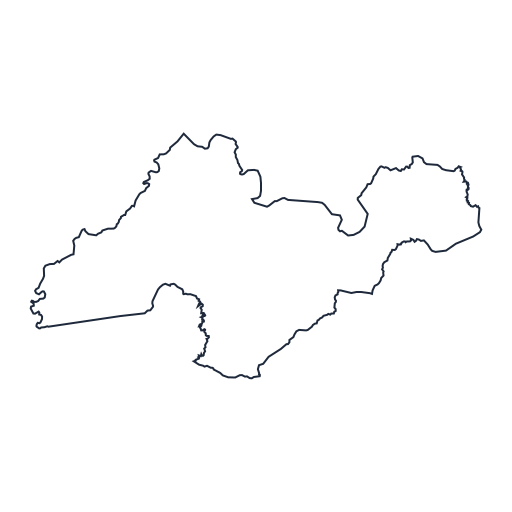 outline of Folon, Denguélé, Ivory Coast
{"feature_id": "98640826B69523806833990", "entity_name": "Folon", "entity_type": "district", "adm_level": 2, "iso_a3": "CIV", "parent_name": "Ivory Coast", "parent_adm1": "Denguélé", "projection": "robinson", "projection_center": [-7.378, 10.084], "detail": "fine", "context": "isolated", "style": "outline", "palette": "slate", "viewbox_px": 512, "rotation_deg": 0, "n_neighbors": 0, "source": "geoboundaries", "source_scale": "gbopen_adm2", "svg_char_len": 6061}
<svg xmlns="http://www.w3.org/2000/svg" viewBox="0 0 512 512"><path d="M458.7,166.3L457.6,167.8L455.5,168.9L454.7,170.6L453.6,171.2L446.0,170.2L442.2,169.0L439.9,166.5L437.5,164.9L426.5,164.1L424.0,162.2L422.5,158.4L418.1,156.0L412.6,156.7L412.3,157.6L412.8,162.4L411.8,164.0L409.8,165.2L409.6,167.8L408.5,168.0L407.2,166.6L406.1,166.6L404.0,169.5L401.8,169.3L400.8,171.0L398.8,170.5L396.0,168.1L390.5,170.3L387.8,167.9L385.6,167.2L384.5,167.8L381.5,166.4L380.4,166.6L378.4,169.0L375.8,174.2L373.5,176.6L373.2,178.6L371.1,183.3L370.1,184.0L367.6,184.2L366.3,187.4L361.6,193.2L361.2,195.2L357.8,197.9L357.7,199.6L367.7,213.9L364.6,226.6L359.6,231.9L353.6,234.9L348.1,235.5L341.9,230.8L340.0,231.3L338.5,229.9L338.1,227.8L341.8,219.8L340.0,215.4L331.9,214.2L324.7,204.9L322.1,202.8L318.0,202.1L288.0,199.9L284.4,198.0L282.3,198.3L276.8,201.1L274.8,201.1L269.2,205.5L267.0,206.7L254.4,202.8L252.0,199.1L257.6,198.1L260.1,195.9L261.0,190.8L261.0,182.9L260.4,176.7L257.7,170.7L254.0,169.9L247.9,170.3L243.7,174.1L242.0,174.5L240.3,174.1L240.0,173.5L240.2,172.2L241.8,171.2L242.2,170.0L239.4,165.8L238.9,163.9L238.0,163.1L237.4,160.0L235.8,157.1L235.8,154.5L234.6,152.3L235.8,149.2L237.7,147.7L237.7,147.0L235.6,144.0L236.0,142.1L235.8,141.5L232.5,138.6L231.0,138.9L220.5,135.1L216.3,134.6L213.6,136.5L210.7,140.0L209.4,142.4L208.8,146.6L207.6,148.3L204.9,148.7L202.2,146.8L197.6,146.3L194.0,144.2L183.7,133.7L177.5,141.4L170.2,147.6L169.8,149.9L166.0,153.5L163.7,154.3L159.7,154.4L158.1,158.0L154.4,159.7L154.1,160.3L154.5,161.6L156.7,162.5L158.3,164.3L159.3,168.4L158.8,171.0L157.4,172.1L156.0,172.3L151.0,170.9L148.6,172.6L148.4,173.9L149.6,176.3L149.7,178.8L147.7,180.3L143.8,182.0L143.3,183.2L144.1,184.0L146.9,183.1L148.2,183.4L149.2,184.1L148.9,185.9L146.2,188.1L144.9,190.9L140.6,193.0L139.3,194.3L135.6,200.5L134.1,206.3L133.1,205.8L131.9,205.9L130.1,208.5L126.3,211.4L125.2,215.0L124.0,215.0L121.0,216.8L120.8,218.2L119.1,220.0L118.8,221.9L117.8,223.6L116.8,224.2L116.4,226.2L115.2,227.7L113.7,228.6L107.9,228.7L102.4,230.5L101.3,232.4L98.1,233.7L96.2,235.3L88.5,234.1L85.4,231.2L84.5,229.1L82.6,229.7L81.6,230.9L78.8,237.2L76.3,237.8L74.6,238.9L73.2,240.8L74.3,245.6L73.5,254.3L71.2,254.8L62.0,259.6L59.3,262.4L57.6,261.0L54.0,263.9L49.7,264.1L45.4,265.7L43.8,268.4L44.1,275.9L43.0,278.8L40.2,283.6L38.6,287.8L36.0,289.3L35.1,290.9L36.2,293.1L39.0,294.3L41.7,291.8L42.8,291.3L43.9,291.5L45.3,294.2L44.7,297.5L43.3,298.6L39.8,298.9L38.2,301.0L36.1,301.9L33.7,301.8L32.9,300.9L31.8,300.7L31.2,301.8L33.6,303.5L33.8,305.7L31.1,306.6L30.7,308.5L33.4,313.5L35.0,313.7L38.6,311.6L39.3,312.5L39.2,314.5L41.0,314.9L42.1,316.5L42.0,319.1L40.4,322.5L39.4,323.2L37.8,322.8L36.8,324.1L36.4,326.0L36.7,326.7L39.2,328.4L40.2,328.3L41.1,327.5L44.5,327.2L47.3,326.3L48.4,326.7L120.0,316.1L144.7,313.3L147.5,310.6L150.3,310.3L152.9,306.9L153.1,306.0L152.3,303.3L152.5,301.2L158.0,289.5L159.9,287.2L162.9,284.7L165.4,283.8L170.0,285.7L170.5,284.4L173.7,283.8L175.2,284.6L177.5,286.9L182.3,289.3L183.2,291.5L183.2,293.8L183.7,294.2L185.9,293.7L187.3,294.3L190.4,294.2L196.0,296.1L197.0,298.5L199.1,299.3L198.6,300.8L200.0,301.5L200.5,302.5L199.2,303.3L198.0,306.2L200.9,304.0L201.9,303.9L202.8,304.7L202.7,306.2L200.8,307.3L200.5,308.0L201.7,309.7L201.2,313.2L203.7,313.0L205.2,315.3L204.7,316.0L203.8,316.1L202.9,314.7L202.4,315.5L202.8,316.5L201.1,317.2L202.5,317.9L202.2,319.3L203.4,319.8L204.0,321.0L203.8,321.6L202.3,321.5L202.5,322.4L201.9,323.6L199.7,324.6L199.5,325.1L200.8,324.2L201.5,324.9L201.2,326.0L199.6,326.8L199.6,327.3L200.5,328.1L201.2,330.4L202.6,330.4L204.3,329.2L205.1,329.6L205.1,330.1L204.2,330.8L204.5,332.2L205.7,333.2L205.8,335.2L206.6,335.9L208.7,336.0L208.9,337.3L207.5,338.8L206.6,338.9L207.4,341.2L205.1,345.0L205.5,347.3L204.2,348.6L205.1,351.3L204.0,352.8L203.6,355.3L203.0,355.8L202.0,355.7L201.3,354.2L200.8,356.1L198.8,355.4L199.1,356.8L198.3,357.2L199.1,358.0L198.8,358.7L196.1,359.6L195.6,359.9L195.7,360.6L193.8,361.3L199.1,364.7L203.1,365.7L204.5,366.6L207.0,365.8L210.7,367.7L212.5,367.8L213.3,368.4L213.7,369.5L220.3,373.0L222.8,375.4L228.2,377.3L235.2,377.5L239.8,375.2L242.0,375.1L244.9,376.6L247.0,376.4L249.7,378.1L251.8,378.3L253.8,377.0L259.7,376.2L259.9,375.0L259.0,374.3L259.2,373.5L257.9,369.2L259.0,365.2L263.2,363.8L268.6,356.8L280.8,349.0L286.4,344.2L288.0,344.1L289.4,342.3L289.4,340.0L293.4,337.1L294.5,334.4L296.4,331.3L299.1,329.9L306.1,330.4L307.7,330.0L311.9,326.7L312.9,325.0L315.0,323.6L316.7,323.4L317.5,320.5L319.0,319.7L319.9,318.5L322.1,317.5L323.5,315.8L327.2,314.8L328.3,313.9L330.3,314.6L331.3,313.5L333.8,313.5L334.3,311.7L335.6,311.1L335.7,310.3L335.6,309.0L334.4,307.6L334.8,303.3L335.8,302.0L336.0,300.8L335.0,299.4L334.7,297.3L335.5,295.4L337.6,294.4L337.6,293.1L338.3,292.0L338.1,290.3L340.6,290.4L351.4,293.0L356.5,292.0L361.2,292.0L370.0,293.2L372.0,293.9L372.6,290.4L374.7,285.8L377.5,284.5L378.9,283.2L380.6,280.5L381.2,278.0L383.5,275.6L383.2,272.6L383.6,271.4L382.1,269.3L382.9,267.7L382.6,265.9L383.0,264.0L384.3,262.2L387.4,260.5L387.8,258.0L390.4,253.6L390.5,252.7L391.6,251.8L392.2,249.8L394.7,250.0L395.9,249.1L397.6,245.5L397.5,244.2L399.9,244.7L400.8,243.7L401.1,244.0L402.0,242.4L403.9,241.4L405.1,241.5L405.6,242.2L406.7,241.5L410.0,241.4L411.0,240.5L410.8,238.7L413.4,239.9L414.6,241.8L415.9,240.9L416.9,239.1L419.0,239.6L420.9,240.9L423.9,240.4L427.7,244.5L430.7,249.3L432.2,250.9L435.6,251.9L446.0,250.6L455.9,243.7L473.2,236.5L479.9,232.2L481.3,229.7L479.3,226.0L478.4,222.4L479.4,208.1L478.6,207.7L478.1,206.3L477.0,206.8L475.6,205.2L473.0,206.7L470.8,206.1L470.3,205.1L468.8,204.2L469.0,202.9L467.7,202.5L468.2,201.1L467.7,200.5L466.8,200.6L466.7,199.4L467.4,198.0L466.1,197.2L467.4,196.3L467.7,194.5L466.6,191.7L466.5,190.5L466.6,189.9L467.5,190.1L468.6,189.0L468.6,188.1L467.8,188.1L468.1,187.1L467.7,185.5L468.3,185.4L468.5,184.6L468.0,183.0L466.8,183.5L466.6,181.7L466.0,181.4L463.7,181.7L464.7,179.9L464.0,178.8L464.1,177.5L462.0,174.4L462.5,171.9L462.2,171.2L460.6,170.8L461.0,169.4L459.9,167.3L460.5,167.0L458.7,166.3Z" fill="none" stroke="#1e293b" stroke-width="2"/></svg>